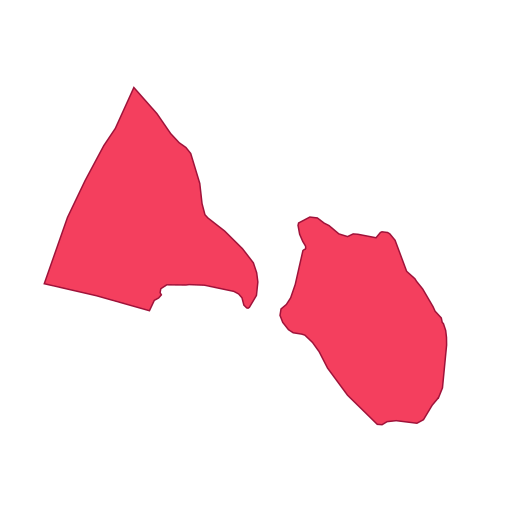 outline of Ifira, Vanuatu, rotated 99°
{"feature_id": "77236927B32680405740537", "entity_name": "Ifira", "entity_type": "district", "adm_level": 2, "iso_a3": "VUT", "parent_name": "Vanuatu", "parent_adm1": "", "projection": "orthographic", "projection_center": [168.294, -17.753], "detail": "fine", "context": "isolated", "style": "filled", "palette": "rose", "viewbox_px": 512, "rotation_deg": 99, "n_neighbors": 0, "source": "geoboundaries", "source_scale": "gbopen_adm2", "svg_char_len": 1435}
<svg xmlns="http://www.w3.org/2000/svg" viewBox="0 0 512 512"><g transform="rotate(99 256 256)"><path d="M326.7,352.7L315.7,349.5L312.7,345.6L309.2,343.4L307.2,345.0L303.2,344.9L298.4,339.6L295.6,320.7L294.7,317.6L292.9,302.5L294.4,272.4L296.2,267.2L299.5,263.3L306.4,260.3L308.7,257.1L308.8,255.7L307.7,254.5L294.9,249.4L281.4,250.1L272.5,252.7L263.2,257.5L251.0,270.4L236.3,290.8L226.0,309.4L223.2,312.9L212.7,317.5L193.1,322.9L165.0,336.5L159.8,342.2L156.1,349.7L148.4,359.5L131.0,376.0L108.7,403.0L117.2,405.3L152.0,414.9L170.8,423.6L208.3,436.6L247.3,448.2L316.5,460.8L320.2,407.3L326.7,352.7ZM292.5,215.5L299.1,218.4L304.4,223.0L310.9,223.0L317.4,219.2L323.7,212.4L326.0,207.3L326.0,198.6L326.5,195.4L332.6,186.6L339.9,179.4L340.3,178.9L355.5,167.8L379.2,143.8L403.3,109.9L402.9,105.1L399.1,100.6L398.4,98.0L396.7,91.8L396.0,70.9L391.5,65.0L375.9,58.7L368.7,54.4L368.0,54.2L368.0,53.7L357.1,51.2L314.2,53.8L306.7,55.1L299.9,57.0L293.5,60.3L292.4,61.7L288.2,63.3L282.5,70.5L278.4,73.2L262.5,86.2L255.9,93.5L253.6,95.5L250.7,100.0L247.6,104.8L218.7,121.1L213.2,127.3L212.2,129.7L212.4,135.4L213.3,136.8L219.2,140.3L218.6,158.7L219.0,163.5L222.5,168.6L221.2,177.6L214.5,188.7L212.9,193.8L208.8,201.4L209.1,208.9L216.7,219.1L219.1,219.3L227.7,216.3L234.3,212.1L238.5,208.6L240.7,208.1L241.6,208.4L241.9,209.2L243.3,210.5L256.8,211.4L278.1,212.8L291.7,215.2L292.5,215.5Z" fill="#f43f5e" stroke="#9f1239" stroke-width="1.5"/></g></svg>